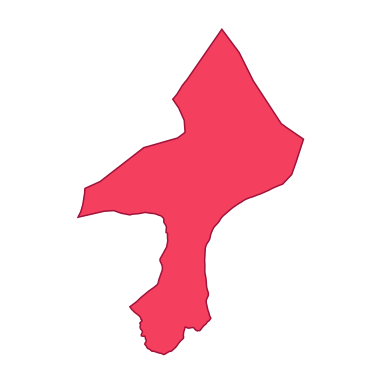 Markhah As Sufla, Shabwah, Yemen (Robinson projection), rotated 355°
{"feature_id": "15242507B42108001153056", "entity_name": "Markhah As Sufla", "entity_type": "district", "adm_level": 2, "iso_a3": "YEM", "parent_name": "Yemen", "parent_adm1": "Shabwah", "projection": "robinson", "projection_center": [46.113, 14.696], "detail": "fine", "context": "isolated", "style": "filled", "palette": "rose", "viewbox_px": 384, "rotation_deg": 355, "n_neighbors": 0, "source": "geoboundaries", "source_scale": "gbopen_adm2", "svg_char_len": 4077}
<svg xmlns="http://www.w3.org/2000/svg" viewBox="0 0 384 384"><g transform="rotate(355 192 192)"><path d="M199.8,319.3L199.5,318.9L198.7,316.5L198.3,313.8L197.6,311.3L197.2,308.7L196.9,306.1L196.5,303.4L196.8,300.9L198.0,298.7L199.3,296.5L199.5,294.0L198.9,291.4L198.4,288.8L198.3,286.2L198.4,283.5L198.4,280.8L198.3,278.2L198.0,275.5L197.8,272.9L198.0,270.2L198.3,267.7L198.5,264.9L198.6,262.2L198.8,259.6L199.3,256.9L199.6,254.2L200.0,251.6L200.4,249.0L201.3,246.6L202.6,244.4L204.2,242.5L205.5,240.5L206.3,238.0L207.1,235.5L208.2,233.3L209.4,231.1L210.9,228.9L212.7,227.2L214.7,225.5L216.5,223.6L218.1,221.3L219.9,219.3L221.8,217.8L223.8,216.4L225.7,215.0L227.7,213.6L229.9,212.0L232.1,210.6L234.1,209.5L236.2,208.3L238.4,207.2L240.5,206.2L242.7,204.9L245.1,203.9L247.3,203.2L249.8,202.5L252.0,202.1L254.4,201.4L256.9,200.6L259.2,200.1L261.4,199.4L263.8,198.6L266.1,197.8L268.5,197.0L271.0,195.9L273.4,195.0L275.7,194.2L277.9,193.5L280.2,192.8L282.8,192.1L283.0,192.0L292.8,183.3L298.1,171.7L307.7,149.1L292.0,136.2L288.0,132.7L286.9,131.8L262.8,86.8L251.1,57.1L235.9,32.5L227.1,43.1L196.8,79.7L195.0,81.5L193.3,83.3L191.6,85.1L190.1,87.2L188.6,89.2L187.1,91.2L185.6,93.2L183.9,95.0L182.0,96.9L180.9,97.9L186.1,107.1L190.5,119.9L190.3,132.0L182.2,137.0L173.7,138.6L147.8,143.6L101.3,173.6L85.7,179.1L85.6,179.3L85.2,181.8L84.8,184.5L84.7,184.9L84.1,187.1L83.5,189.7L82.8,192.3L82.2,194.9L81.3,197.3L80.3,199.9L79.3,202.2L77.9,204.5L76.6,206.7L76.3,207.2L102.8,203.5L112.5,203.7L119.4,206.9L128.1,209.4L130.8,208.9L133.5,208.9L134.9,208.9L136.0,209.0L138.2,208.8L139.5,208.7L140.8,208.5L142.2,208.4L143.3,208.3L144.4,208.4L145.6,208.7L146.8,209.1L148.0,209.3L148.8,209.5L149.1,209.6L150.2,209.8L151.3,210.0L152.4,210.2L153.6,210.6L154.5,211.0L155.8,211.6L156.8,212.2L157.8,212.5L158.9,213.0L159.7,213.7L160.5,214.6L161.2,215.5L161.7,216.8L161.4,218.0L161.2,219.2L161.7,220.6L162.3,221.6L162.9,222.8L163.4,224.0L163.4,225.3L163.1,226.5L162.6,230.1L162.8,230.3L163.3,230.5L164.0,231.1L164.0,231.4L163.8,232.7L163.7,234.0L163.6,235.4L163.6,236.7L163.6,238.0L163.4,239.3L163.1,240.5L162.7,241.8L162.3,243.2L162.0,244.5L157.9,250.7L154.4,255.8L154.1,257.6L155.5,261.6L155.9,263.6L155.9,265.0L155.7,266.3L155.6,267.3L155.0,268.5L154.5,269.6L153.9,270.8L153.4,271.9L152.9,273.1L152.3,274.5L151.7,275.6L151.3,276.8L150.9,277.9L150.5,279.1L150.1,280.3L149.0,281.5L145.5,283.9L140.7,286.6L132.3,292.4L127.3,296.4L120.1,300.9L121.4,303.2L122.0,304.0L122.7,304.8L123.4,305.7L124.1,306.5L125.0,307.4L125.8,308.1L126.6,308.9L127.4,309.6L128.3,310.4L128.9,311.3L129.5,312.0L130.0,313.0L130.0,313.6L130.0,314.2L130.8,315.0L131.0,315.4L130.6,315.7L130.6,316.4L130.2,316.6L129.6,317.0L128.9,317.7L128.6,318.3L128.7,318.6L129.1,318.8L129.0,320.2L128.6,321.3L128.5,322.6L128.8,323.8L130.3,326.0L130.4,327.4L129.8,328.3L128.9,329.9L129.1,331.0L131.1,331.5L132.2,331.4L132.8,332.2L132.7,333.4L132.9,334.5L133.5,335.5L133.3,336.6L132.8,337.7L132.1,338.4L131.7,339.4L132.4,340.7L133.1,341.5L133.4,342.6L133.9,343.6L134.7,344.3L135.6,344.7L136.5,345.3L137.2,346.2L137.9,346.9L138.9,347.2L139.8,347.2L140.1,347.3L140.8,347.7L141.7,348.0L142.7,348.5L143.7,348.9L144.7,349.3L145.5,349.6L146.6,349.9L147.5,350.2L148.4,350.7L149.8,351.5L150.3,351.3L151.3,351.0L152.2,350.5L153.0,350.0L153.9,349.7L154.9,349.1L155.9,348.8L156.9,348.9L157.8,348.6L158.7,348.0L159.5,347.3L160.3,346.8L161.2,346.1L161.9,345.5L162.7,344.8L163.4,344.0L164.1,343.2L164.8,342.3L165.5,341.5L166.3,340.7L167.1,340.0L167.9,339.1L168.7,338.5L169.5,337.9L170.5,337.2L171.0,336.1L170.9,335.1L170.9,334.0L171.1,332.9L171.3,331.9L171.5,330.8L171.9,329.7L172.4,328.8L172.8,327.8L173.0,326.7L173.7,325.9L174.7,326.5L175.6,327.0L176.5,327.3L177.5,327.4L178.6,327.2L179.6,327.1L180.6,327.1L181.6,327.2L182.3,327.9L182.9,328.9L183.6,329.7L184.2,330.4L185.2,330.8L186.2,330.6L187.2,330.8L188.1,330.5L188.9,329.6L189.6,328.8L190.3,328.0L191.1,327.2L192.0,326.4L193.0,325.6L193.9,325.0L194.7,324.4L195.4,323.5L196.0,322.6L196.9,322.2L197.8,321.7L198.5,320.9L199.2,320.1L199.8,319.3Z" fill="#f43f5e" stroke="#9f1239" stroke-width="1.5"/></g></svg>